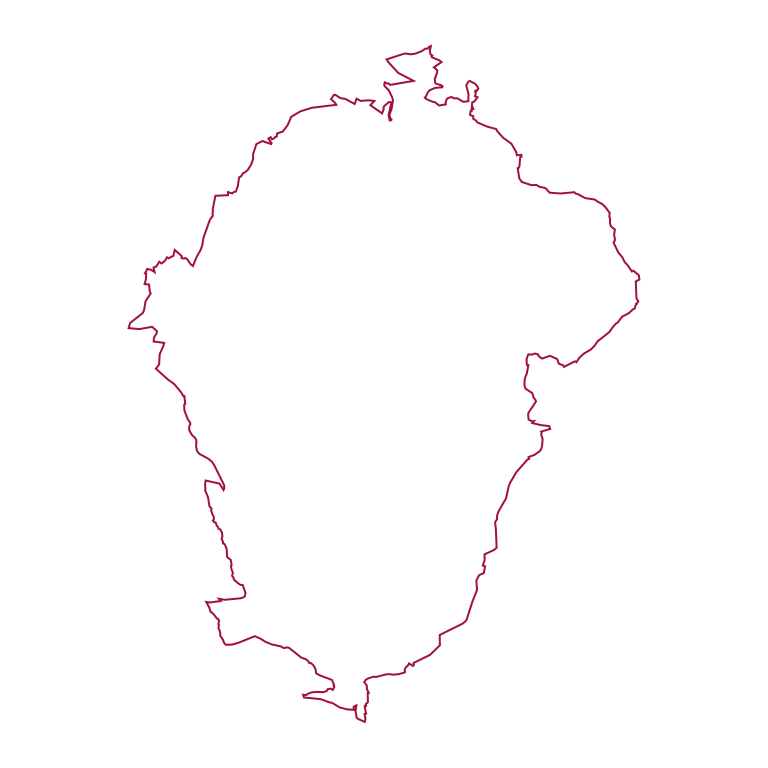 Runcu Salvei, Bistrita-Nasaud, Romania (Robinson projection)
{"feature_id": "2599482B46893118391872", "entity_name": "Runcu Salvei", "entity_type": "district", "adm_level": 2, "iso_a3": "ROU", "parent_name": "Romania", "parent_adm1": "Bistrita-Nasaud", "projection": "robinson", "projection_center": [24.328, 47.36], "detail": "fine", "context": "isolated", "style": "outline", "palette": "rose", "viewbox_px": 768, "rotation_deg": 0, "n_neighbors": 0, "source": "geoboundaries", "source_scale": "gbopen_adm2", "svg_char_len": 6057}
<svg xmlns="http://www.w3.org/2000/svg" viewBox="0 0 768 768"><path d="M437.3,70.3L433.9,67.3L441.5,62.1L439.6,60.5L431.8,57.2L431.6,56.1L432.2,55.5L430.5,54.4L429.8,50.7L430.9,46.1L429.0,46.8L427.7,48.7L425.5,48.6L421.4,51.3L415.2,53.7L410.9,54.3L404.7,53.5L386.6,59.4L388.4,62.2L398.2,72.9L413.6,80.9L390.1,84.9L388.6,83.4L387.2,83.6L384.8,82.4L384.2,84.5L384.6,86.1L388.6,90.1L392.3,97.5L393.0,100.6L391.6,108.8L389.4,115.0L390.3,118.3L391.5,119.4L391.3,120.2L389.7,120.5L388.6,115.0L391.5,102.2L388.8,102.1L384.5,105.8L383.5,107.2L383.7,109.1L382.1,113.4L370.4,105.2L374.3,101.0L369.0,100.3L360.7,100.9L356.6,98.7L354.7,104.0L345.5,99.0L340.4,98.1L335.5,94.9L334.0,94.8L331.0,99.2L335.1,102.9L336.3,104.8L311.8,107.8L300.5,111.3L291.3,116.7L287.5,125.4L282.7,131.6L277.2,133.4L276.7,136.5L274.9,137.2L274.3,138.3L271.9,139.3L270.7,137.2L268.4,138.6L271.6,143.4L271.2,144.1L262.4,141.0L256.4,144.1L253.1,154.1L253.1,158.9L251.3,164.1L248.0,169.7L245.6,171.9L242.9,173.3L241.2,176.2L239.1,177.4L237.9,185.8L235.8,191.7L234.3,191.8L232.1,193.4L228.0,192.1L228.0,195.2L215.4,195.8L212.7,209.4L213.0,211.7L212.4,212.9L212.9,215.8L210.5,218.7L209.3,221.3L203.5,237.8L202.2,245.5L200.6,249.9L196.6,257.1L192.9,266.0L190.3,263.9L187.3,259.4L185.4,258.0L183.5,258.6L181.6,258.1L181.9,256.7L181.4,255.8L174.7,249.9L173.4,255.8L168.4,258.3L167.0,257.3L165.0,260.7L161.6,263.5L159.2,261.8L156.2,266.6L153.5,267.5L154.6,272.2L151.1,269.8L147.3,268.9L145.0,273.4L146.2,273.5L146.0,278.9L144.6,284.1L149.1,284.5L149.6,290.9L150.7,293.4L145.5,301.4L144.1,310.0L142.8,313.0L130.2,322.9L128.6,328.1L139.4,329.1L152.1,326.8L157.0,331.2L156.8,332.9L153.9,337.8L153.7,341.5L164.2,342.9L163.3,346.1L159.7,354.2L159.1,364.5L155.9,368.7L167.9,379.5L174.3,384.1L181.4,392.7L183.5,396.4L184.4,396.1L185.2,403.8L184.2,404.7L184.4,410.4L187.7,419.1L190.2,422.9L190.3,424.5L189.5,425.4L189.0,429.0L189.5,430.7L192.0,435.1L195.0,437.7L196.0,439.6L196.4,441.0L196.1,446.7L197.3,451.5L199.4,453.9L208.3,458.7L211.8,461.6L214.2,465.1L224.0,484.9L224.4,488.2L223.5,490.0L219.5,483.6L205.6,480.5L205.0,485.3L205.5,488.3L205.0,490.0L208.0,497.2L209.5,506.3L211.5,508.5L211.1,510.0L212.2,513.8L213.8,516.8L213.9,519.1L212.9,520.5L213.6,520.8L213.9,522.2L215.7,522.5L216.8,525.8L218.3,527.4L218.4,528.7L220.4,529.5L222.0,532.8L222.4,536.3L221.6,539.4L223.1,541.8L223.0,543.4L224.6,544.1L226.7,549.0L227.1,556.9L230.8,560.1L231.6,565.1L230.9,566.1L231.3,568.5L232.9,573.1L232.1,575.5L232.5,576.5L233.4,577.5L233.9,579.6L237.8,583.0L240.3,584.8L242.8,585.1L245.5,593.2L244.6,596.7L241.2,598.2L224.8,599.8L218.9,598.7L220.8,601.0L209.8,602.5L206.3,602.0L209.4,607.9L210.5,611.8L211.5,612.2L214.2,614.9L216.9,618.6L218.1,618.8L219.1,620.9L218.3,624.1L219.0,625.0L218.4,627.9L220.1,632.0L220.3,635.9L222.8,639.5L224.1,642.9L226.0,644.8L232.0,644.6L238.1,642.9L254.8,636.2L260.4,638.6L265.4,641.8L271.8,644.4L280.7,646.4L283.9,648.1L286.7,647.4L289.0,647.8L301.3,657.6L305.4,659.0L308.1,661.0L309.3,663.0L311.2,663.2L313.6,665.6L315.5,669.1L316.1,673.2L319.4,675.2L331.9,679.9L334.0,684.6L333.5,685.3L334.4,686.7L332.8,689.9L330.7,688.7L327.9,689.0L326.7,691.0L323.2,692.2L316.2,691.9L311.4,692.4L307.5,694.0L306.3,695.1L303.1,694.8L304.0,697.5L320.5,699.1L330.1,702.6L331.7,702.6L339.6,707.4L347.1,709.4L353.8,709.8L353.7,706.6L356.4,705.4L355.5,710.9L356.6,717.5L357.6,718.7L364.7,721.9L365.5,719.1L364.6,713.9L366.1,713.7L364.6,706.3L366.1,705.9L365.6,704.3L367.9,702.2L367.7,693.0L368.8,692.8L366.9,689.2L366.8,685.5L364.2,682.2L365.8,679.8L367.9,678.5L373.8,676.6L375.9,677.0L385.6,674.5L389.2,674.1L392.9,674.7L398.4,674.2L404.1,672.7L405.1,672.0L404.6,670.1L405.6,667.7L408.4,664.9L409.0,663.4L413.1,666.0L413.9,664.8L413.5,663.0L430.0,654.9L439.9,645.3L439.7,635.0L462.8,623.5L466.4,620.4L472.4,601.7L477.0,590.0L476.4,580.3L479.2,575.1L483.8,573.1L485.1,566.3L482.8,565.5L484.7,560.0L484.5,554.4L494.3,549.8L496.6,547.7L495.9,529.5L495.1,522.1L496.9,519.5L497.2,514.9L498.8,510.9L506.1,498.2L508.7,486.3L510.3,482.5L516.3,472.2L527.4,459.6L529.1,458.9L528.5,457.0L534.3,455.0L539.8,451.1L541.1,449.2L542.1,445.9L542.6,438.7L541.2,434.8L541.7,432.3L541.2,431.6L550.2,428.9L549.2,426.1L540.9,425.1L532.3,423.1L533.9,421.1L532.3,421.4L528.6,419.6L528.1,414.5L528.5,412.7L536.0,401.5L535.4,399.8L533.6,397.6L532.3,393.1L525.5,388.7L524.4,385.1L524.6,380.1L525.5,376.3L526.7,374.0L528.4,365.1L527.1,365.1L526.6,362.5L526.6,358.9L528.3,354.4L532.0,354.6L535.1,353.5L538.1,354.5L538.3,355.8L542.0,358.6L550.0,355.8L557.2,359.1L558.8,363.7L563.2,365.3L564.0,366.9L574.9,361.3L576.4,362.2L579.3,357.8L583.8,353.6L590.7,349.6L594.4,346.0L597.5,341.4L609.5,331.9L612.8,327.1L615.5,324.0L617.9,322.3L622.1,316.7L629.0,313.0L633.1,309.2L634.7,308.6L635.5,305.5L636.6,304.2L636.2,303.7L638.3,301.8L638.2,301.0L636.8,299.2L636.4,297.1L635.8,281.4L639.4,279.6L638.8,275.2L633.4,270.7L631.9,271.5L627.6,265.2L624.7,262.1L622.3,257.2L618.3,252.5L613.5,242.4L614.5,241.3L615.0,239.7L614.1,234.7L614.9,229.6L610.9,226.3L610.0,223.3L610.1,218.5L609.3,216.8L609.7,212.9L605.4,207.1L602.7,204.4L596.9,201.2L595.0,199.6L585.3,198.1L577.5,194.0L575.6,193.6L574.4,192.2L560.6,193.5L549.6,192.7L546.0,188.6L544.7,187.9L538.9,186.6L536.6,185.0L531.2,185.1L521.9,182.0L519.3,178.5L517.7,168.1L518.7,167.9L519.4,166.4L520.2,157.2L521.5,156.7L521.3,154.8L516.9,155.3L516.3,152.3L511.4,143.7L503.2,137.8L497.5,131.5L496.1,129.0L487.5,126.7L477.3,122.4L476.1,120.6L473.2,118.7L473.3,116.2L470.1,115.0L470.5,111.3L471.7,110.9L471.5,109.5L473.4,109.0L472.8,107.4L471.8,107.4L472.2,102.3L474.2,101.6L477.5,97.3L475.0,96.2L475.7,94.0L475.2,90.9L475.7,90.6L476.5,91.1L478.3,88.6L476.9,85.7L475.0,83.7L469.7,80.9L468.3,81.7L466.2,85.4L468.5,93.8L468.3,101.3L463.2,101.8L457.4,98.3L453.6,98.3L452.8,97.4L450.8,97.1L447.9,98.1L446.5,99.5L445.6,102.8L445.8,104.4L439.2,105.5L434.7,102.1L432.2,101.6L426.0,98.9L424.8,97.5L425.9,96.7L427.5,92.9L429.6,90.3L435.1,87.9L442.3,87.3L442.5,86.2L441.3,85.3L435.8,83.6L435.1,82.4L434.8,78.1L435.9,76.8L435.9,75.2L437.1,73.3L437.3,70.3Z" fill="none" stroke="#9f1239" stroke-width="2"/></svg>